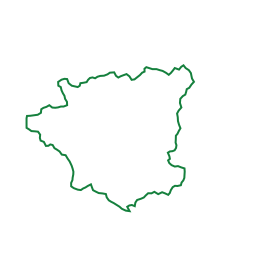 Recreio, Minas Gerais, Brazil, rotated 145°
{"feature_id": "56859067B1728597863247", "entity_name": "Recreio", "entity_type": "district", "adm_level": 2, "iso_a3": "BRA", "parent_name": "Brazil", "parent_adm1": "Minas Gerais", "projection": "natural_earth1", "projection_center": [-42.438, -21.518], "detail": "fine", "context": "isolated", "style": "outline", "palette": "green", "viewbox_px": 256, "rotation_deg": 145, "n_neighbors": 0, "source": "geoboundaries", "source_scale": "gbopen_adm2", "svg_char_len": 2357}
<svg xmlns="http://www.w3.org/2000/svg" viewBox="0 0 256 256"><g transform="rotate(145 128 128)"><path d="M125.3,53.9L122.7,53.7L120.7,52.1L117.5,50.8L115.4,52.6L112.8,53.3L110.5,54.8L108.6,57.2L106.6,59.7L104.9,62.5L107.0,65.2L108.9,68.1L111.8,69.6L113.6,72.6L114.3,75.6L113.7,78.5L111.4,78.7L110.3,81.1L109.5,84.9L107.2,84.8L104.8,83.5L102.6,83.0L100.1,84.1L98.2,86.1L97.4,88.7L95.5,91.1L93.2,94.2L90.7,94.9L88.3,96.3L85.2,97.7L84.3,101.5L83.1,105.0L81.0,108.4L79.5,111.7L76.5,113.2L72.5,114.2L71.1,118.7L68.4,121.9L64.8,122.7L61.9,122.5L59.6,124.3L57.6,126.1L54.7,125.8L51.1,127.2L47.5,128.0L47.2,131.8L46.1,134.4L45.0,136.9L45.0,140.5L46.4,144.0L46.6,147.5L49.3,147.6L52.7,146.6L55.3,150.3L58.0,149.4L61.3,148.5L64.1,148.2L65.2,151.4L66.9,154.9L69.0,157.4L70.9,159.9L74.3,162.3L76.5,165.2L78.1,167.3L80.5,167.1L82.1,164.7L84.7,165.2L87.9,164.5L91.6,164.3L94.8,164.1L97.4,165.4L97.2,169.5L98.3,173.0L101.6,173.9L104.4,174.6L107.0,174.9L107.9,177.6L107.4,181.5L111.1,183.7L114.0,183.7L117.6,184.6L120.9,186.6L123.6,187.5L126.4,187.6L128.1,189.8L130.5,190.8L133.0,190.4L135.6,189.3L138.5,190.6L141.3,192.0L143.3,190.3L145.7,190.4L147.7,192.6L149.8,194.9L150.9,198.7L149.8,203.0L151.8,204.7L154.7,205.7L158.8,205.8L160.8,202.6L159.6,200.1L160.8,197.1L161.4,193.9L161.6,190.8L162.8,188.0L163.0,184.4L164.8,181.6L168.4,182.5L170.7,184.1L173.5,185.0L176.0,186.3L178.3,188.2L179.4,191.8L182.7,192.1L185.7,193.0L188.3,193.1L190.6,190.4L194.3,190.6L197.8,192.4L201.1,194.1L203.8,195.8L205.5,194.2L208.1,190.5L211.0,186.3L209.9,183.8L208.9,180.9L206.1,178.6L203.8,176.6L203.8,172.9L205.9,170.4L206.8,167.8L204.9,164.9L205.5,160.4L203.4,159.1L201.1,159.1L199.5,157.3L199.8,153.6L198.7,151.2L197.5,148.0L197.5,144.2L194.7,141.5L195.0,137.5L195.0,134.0L195.8,129.4L196.7,126.4L197.8,123.5L199.5,121.3L201.8,119.1L203.4,117.2L206.1,115.6L208.0,112.8L206.9,109.8L204.5,106.3L202.2,104.2L199.4,104.2L197.0,103.7L194.2,103.6L190.7,103.1L191.5,100.3L192.3,97.1L190.8,94.2L189.3,91.5L186.5,89.1L184.0,86.6L185.2,83.4L185.2,79.8L184.1,77.2L182.8,74.8L181.5,71.7L180.1,68.4L179.4,65.4L177.2,61.6L174.4,59.0L173.8,63.9L171.4,63.8L169.0,62.7L167.3,60.1L164.7,62.7L161.8,63.8L157.9,62.6L154.9,62.0L152.0,62.6L148.9,63.0L146.2,61.0L143.0,60.6L141.2,56.5L136.9,55.8L135.2,53.3L133.4,50.2L131.0,50.8L128.6,52.5L125.3,53.9Z" fill="none" stroke="#15803d" stroke-width="2"/></g></svg>